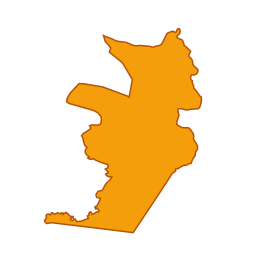 an SVG outline of Quiché, rotated 187°
{"feature_id": "GTM-3467", "entity_name": "Quiché", "entity_type": "Department", "adm_level": 1, "iso_a3": "GTM", "parent_name": "Guatemala", "parent_adm1": "", "projection": "mercator", "projection_center": [-90.931, 15.443], "detail": "fine", "context": "isolated", "style": "filled", "palette": "amber", "viewbox_px": 256, "rotation_deg": 187, "n_neighbors": 0, "source": "natural_earth", "source_scale": "10m", "svg_char_len": 3655}
<svg xmlns="http://www.w3.org/2000/svg" viewBox="0 0 256 256"><g transform="rotate(187 128 128)"><path d="M110.1,24.8L111.0,24.8L132.9,24.8L154.7,24.8L176.6,24.7L190.9,24.7L194.0,24.3L196.8,23.3L198.7,24.3L199.5,25.6L199.1,27.1L197.8,29.0L198.7,30.8L198.1,32.3L196.4,33.0L194.5,32.3L194.2,33.1L193.7,33.8L193.5,34.6L192.5,34.6L190.6,33.4L187.5,35.3L185.9,34.6L184.8,34.6L184.2,35.6L183.7,35.7L182.5,34.6L182.2,35.2L182.0,35.7L181.8,35.6L181.5,34.6L180.9,35.3L179.8,36.2L179.4,36.8L177.3,35.7L175.9,34.3L174.3,33.3L171.6,33.5L171.6,32.3L172.4,32.0L173.2,31.5L173.9,31.2L173.9,30.0L172.8,29.3L171.8,29.3L171.1,29.9L170.6,31.2L169.5,31.2L167.3,28.9L163.2,29.8L156.4,33.5L157.6,35.7L156.2,36.7L156.2,37.4L156.5,38.2L155.9,39.6L154.8,40.3L154.1,39.6L153.6,38.5L153.2,38.0L151.4,38.8L148.9,40.9L146.8,41.4L146.8,42.6L147.4,43.2L148.8,44.7L149.9,43.6L150.2,44.1L150.2,44.4L150.3,44.6L151.1,44.7L151.1,45.9L149.5,47.0L148.3,49.4L146.8,54.9L150.7,55.3L151.7,58.1L150.0,61.4L146.2,62.9L145.5,63.9L143.4,69.6L139.1,75.1L138.1,77.5L140.2,77.3L142.0,77.5L143.6,78.3L144.6,79.8L143.8,80.1L143.1,80.7L142.3,81.0L142.3,82.0L144.7,83.8L145.6,84.4L143.5,85.9L142.9,87.8L144.1,89.3L150.0,90.4L156.7,92.3L158.6,93.4L159.9,92.6L161.4,92.3L162.8,92.6L164.1,93.4L163.5,93.5L163.1,93.5L162.9,93.7L162.9,94.5L165.9,96.4L167.5,98.6L167.7,100.9L166.3,103.6L168.7,105.3L170.3,108.7L171.4,112.1L172.2,113.6L173.2,114.5L172.1,116.5L170.4,118.3L169.5,118.7L165.1,122.7L165.1,123.8L166.4,125.6L164.4,126.6L158.1,127.2L156.0,128.3L155.3,130.9L155.6,133.9L156.4,136.2L159.7,139.4L164.7,141.3L189.6,145.2L192.1,146.6L192.0,150.0L190.5,153.8L189.0,156.5L188.0,157.9L182.0,166.1L176.8,166.5L158.2,165.7L131.9,159.5L130.6,158.8L129.6,176.6L141.4,192.0L155.7,201.0L155.6,201.8L154.9,205.3L157.8,208.3L158.9,209.3L159.9,210.0L161.1,211.1L161.8,212.6L163.6,216.8L161.4,216.0L155.7,214.8L151.0,213.2L148.4,212.8L140.2,212.8L132.6,210.6L130.1,210.6L127.9,211.0L126.1,211.4L115.8,211.7L112.9,211.1L110.2,212.8L107.5,213.5L106.0,214.3L105.7,214.5L105.4,214.7L104.4,216.4L100.8,226.5L99.6,227.5L95.4,229.6L92.8,228.6L92.0,229.1L91.4,231.3L91.2,231.7L91.0,232.0L90.8,232.3L90.4,232.5L90.0,232.7L89.6,232.7L89.1,232.7L88.7,232.2L88.3,231.4L88.1,229.7L88.1,228.8L88.2,228.1L88.4,227.8L89.8,226.3L90.2,225.7L90.7,224.9L90.7,224.5L90.4,223.9L89.7,223.4L87.9,222.7L87.0,222.5L86.3,222.3L85.9,222.3L85.4,222.2L84.5,221.5L83.0,218.8L82.2,216.6L80.2,215.7L75.2,211.7L75.5,210.7L76.4,208.0L76.4,207.0L75.9,206.0L73.3,204.2L72.2,202.4L71.5,199.5L71.0,198.7L70.7,198.2L67.9,196.0L66.2,194.9L65.9,194.6L65.7,194.3L65.6,193.8L65.6,193.3L65.7,192.0L66.1,190.9L66.6,190.1L67.9,189.1L68.7,188.8L69.4,188.6L71.1,188.6L71.5,188.2L71.9,187.6L72.0,185.9L72.0,185.1L71.0,183.2L69.9,182.8L69.7,180.6L68.2,178.4L67.4,175.1L66.3,174.7L61.9,170.1L61.4,169.0L59.2,167.9L58.5,165.4L58.5,162.4L59.2,157.8L59.9,156.4L61.2,155.5L68.1,154.2L71.7,153.0L73.1,153.0L77.0,153.7L78.4,153.6L80.8,153.0L80.1,149.7L79.1,147.2L79.0,146.3L80.3,140.4L80.0,137.4L75.6,135.4L73.6,135.0L69.0,135.5L68.1,135.5L67.4,135.4L64.4,132.6L63.5,131.5L62.5,130.1L61.9,128.5L61.7,127.5L61.7,125.4L61.6,124.9L61.3,124.4L58.1,120.6L57.6,119.8L57.5,119.5L57.3,119.1L56.9,118.4L56.8,118.0L56.7,117.5L56.5,116.5L56.5,116.0L56.6,115.5L56.7,115.0L57.0,114.2L57.9,112.7L58.1,108.9L58.3,108.3L58.7,107.4L59.2,106.6L60.1,104.7L60.5,103.2L60.8,101.2L61.1,100.5L61.6,100.2L62.1,100.3L62.7,100.2L63.3,99.9L65.3,98.3L65.6,98.1L66.1,97.9L66.6,97.9L67.6,97.9L68.1,97.8L72.4,94.7L73.0,93.8L73.7,93.7L75.0,93.6L75.6,93.3L75.9,93.1L75.8,92.6L75.6,92.4L75.4,91.3L78.4,88.4L78.7,87.9L89.1,66.7L90.6,63.7L110.1,24.8Z" fill="#f59e0b" stroke="#b45309" stroke-width="1.5"/></g></svg>